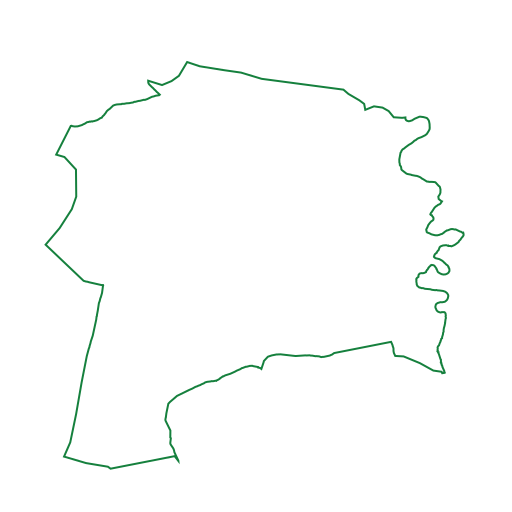 Balata, Castries, Saint Lucia, rotated 175°
{"feature_id": "8701671B12100696846936", "entity_name": "Balata", "entity_type": "district", "adm_level": 2, "iso_a3": "LCA", "parent_name": "Saint Lucia", "parent_adm1": "Castries", "projection": "mercator", "projection_center": [-60.955, 14.015], "detail": "fine", "context": "isolated", "style": "outline", "palette": "green", "viewbox_px": 512, "rotation_deg": 175, "n_neighbors": 0, "source": "geoboundaries", "source_scale": "gbopen_adm2", "svg_char_len": 5869}
<svg xmlns="http://www.w3.org/2000/svg" viewBox="0 0 512 512"><g transform="rotate(175 256 256)"><path d="M225.3,152.9L215.4,152.7L214.3,152.5L211.2,152.4L210.1,152.0L208.8,151.9L205.6,151.0L204.7,151.0L201.8,150.5L199.9,149.6L198.3,149.7L197.3,149.6L191.1,150.4L190.2,150.8L189.0,151.1L186.6,152.5L128.9,158.7L127.7,155.1L127.7,154.5L127.2,152.6L127.1,151.9L127.3,149.3L127.1,147.4L126.0,144.3L117.7,143.1L102.1,135.0L89.3,126.4L81.2,124.5L80.7,123.0L78.2,123.2L78.1,123.5L78.6,124.5L78.5,125.1L80.0,129.4L79.9,130.0L80.5,131.2L80.4,131.6L80.7,132.2L80.6,132.6L81.0,133.3L80.7,133.4L81.0,135.0L80.8,136.5L81.2,137.2L82.4,142.5L82.7,143.1L82.6,144.2L83.1,144.3L83.6,145.4L83.1,146.0L83.3,146.8L83.0,148.0L83.1,149.0L82.6,150.1L81.5,151.0L80.6,153.1L79.6,154.7L79.6,155.2L78.9,156.4L78.7,157.3L77.8,157.9L77.7,158.9L76.6,161.6L76.3,163.2L75.7,164.3L75.6,165.8L75.1,167.8L74.3,169.9L73.4,172.9L73.5,173.2L73.3,173.7L72.7,176.5L72.2,177.7L72.4,179.3L72.1,180.0L72.2,182.3L72.8,183.3L73.4,183.7L75.8,183.9L76.8,183.6L78.2,184.0L79.7,184.8L80.5,185.7L81.1,186.8L81.2,187.5L81.6,188.4L81.8,189.6L81.2,191.6L80.7,192.4L79.2,193.3L76.5,193.9L74.5,193.7L72.3,193.9L71.6,194.1L70.3,195.0L69.4,195.8L68.6,197.2L67.9,199.4L68.0,200.5L68.8,202.2L70.2,203.6L70.9,204.1L72.8,204.9L76.4,205.7L77.9,205.9L79.4,206.4L80.4,206.3L83.7,207.0L85.3,207.7L90.5,208.6L92.3,209.4L94.0,209.6L94.9,210.1L96.1,210.4L97.9,212.2L98.4,213.7L98.3,214.1L98.5,216.4L98.4,217.7L98.2,218.1L98.4,219.0L97.7,220.0L96.0,221.1L95.8,222.8L94.7,224.1L94.3,224.3L92.7,224.5L91.1,224.3L89.8,224.5L88.1,225.1L87.7,226.1L86.8,227.3L86.5,227.4L85.5,228.6L85.3,229.2L84.8,229.5L84.4,230.1L83.2,230.9L82.8,231.5L82.3,231.5L81.7,231.8L79.9,231.3L79.1,230.7L77.3,227.7L77.4,227.3L76.9,226.4L76.4,224.6L75.9,223.9L74.3,222.7L72.6,221.7L70.8,221.2L68.7,221.2L66.7,221.9L65.7,222.6L64.6,224.2L64.5,226.2L64.8,227.2L65.2,227.7L65.1,228.3L65.9,229.8L67.6,231.3L68.1,232.1L69.1,233.0L69.7,233.9L71.2,235.3L73.6,236.9L77.4,238.2L78.0,238.7L78.6,239.3L78.8,239.7L78.4,240.4L78.4,241.0L77.5,242.3L75.8,243.4L75.9,243.6L75.0,244.6L74.5,245.3L73.7,245.8L72.3,248.7L71.3,249.5L68.8,250.2L65.9,250.2L65.2,250.1L63.7,249.3L63.4,249.6L62.7,249.1L61.4,249.0L60.5,248.6L58.2,249.3L56.4,250.1L53.4,252.0L52.8,252.5L52.3,253.4L51.0,254.4L49.3,256.5L48.5,257.1L47.5,258.4L47.3,259.7L47.5,261.0L47.9,260.8L49.4,262.2L50.6,262.6L54.8,265.1L55.6,265.0L57.7,265.7L58.9,265.8L59.9,265.7L62.9,264.8L63.5,264.9L66.3,263.4L66.5,263.1L68.7,261.8L70.4,261.5L71.4,261.1L73.7,260.8L75.9,261.1L79.4,262.3L81.2,263.5L83.4,264.5L83.9,265.2L83.9,266.2L84.1,266.8L84.1,267.5L83.6,268.4L82.9,269.4L81.7,271.8L80.2,273.5L78.7,275.0L76.9,276.0L76.2,276.6L75.9,277.6L76.0,279.0L77.0,280.4L77.2,281.2L78.2,281.6L78.7,282.2L78.5,282.8L77.8,283.9L77.1,284.5L74.0,288.5L72.4,289.8L71.8,290.0L70.1,291.1L68.4,291.6L67.6,292.2L66.0,294.2L66.6,294.5L69.0,296.8L69.2,298.8L69.2,299.3L67.6,301.3L66.8,302.9L66.4,306.2L66.8,308.7L67.2,309.4L67.8,309.8L70.6,313.5L71.3,314.0L74.2,314.5L77.2,314.8L77.6,315.0L79.3,315.3L82.7,317.9L83.9,318.6L84.2,319.0L85.5,320.1L87.3,321.1L88.9,321.8L90.0,322.0L93.9,323.1L94.5,323.5L98.0,324.5L99.0,325.0L103.1,328.8L103.6,329.5L103.7,331.8L103.9,332.6L104.8,334.1L104.7,335.2L105.0,336.8L104.8,339.8L103.0,346.3L102.2,347.2L101.9,348.1L100.6,349.5L99.4,350.0L97.7,351.2L94.1,353.4L91.3,354.7L89.4,356.0L88.1,357.1L86.8,357.5L85.2,358.6L83.9,359.2L80.8,360.0L76.8,361.6L75.2,362.7L73.2,365.3L72.1,367.0L71.8,368.4L71.6,372.3L71.9,375.3L72.3,376.4L73.5,378.3L74.6,378.9L77.1,379.8L80.3,380.5L81.1,380.5L86.0,378.9L88.7,377.5L91.0,377.0L92.1,376.9L93.7,377.5L94.7,378.3L95.2,379.6L95.1,381.0L98.3,380.9L106.7,382.2L111.2,388.8L117.0,392.8L125.4,394.8L134.4,392.1L135.0,398.1L139.5,402.1L149.8,409.4L154.4,414.1L234.9,432.0L254.9,440.0L271.6,443.9L295.5,449.9L307.7,455.2L317.1,442.2L324.9,437.6L334.7,434.5L348.1,440.0L348.2,438.3L348.0,437.3L347.4,436.2L344.6,432.9L344.2,432.6L342.5,430.4L342.1,430.1L340.3,427.8L339.8,427.4L337.8,425.1L338.5,424.6L342.1,424.4L343.9,423.9L345.7,423.7L350.7,421.8L353.1,421.2L354.1,421.4L358.1,420.7L359.6,420.7L362.8,420.1L363.8,420.2L365.3,419.6L366.4,419.6L369.1,419.3L371.5,419.4L374.3,419.1L376.2,419.3L376.7,419.0L381.5,419.1L383.5,418.8L385.2,418.3L389.3,415.0L390.0,414.8L392.0,413.3L393.7,411.1L394.5,410.4L394.9,409.8L396.7,408.4L397.6,407.2L399.0,406.9L401.2,405.7L402.7,405.1L405.6,404.5L407.0,404.4L407.5,404.2L408.3,404.5L409.6,404.2L410.1,404.4L411.2,404.1L412.7,404.0L415.3,402.6L416.2,402.4L418.0,401.6L422.3,400.7L425.3,400.8L427.8,401.4L428.3,401.8L429.2,401.7L446.2,374.4L438.2,371.3L427.8,357.8L429.9,330.8L435.4,318.7L449.2,300.9L464.6,285.6L429.9,246.3L427.7,245.4L426.0,245.0L424.6,244.4L412.4,240.5L410.9,240.4L410.8,240.1L411.1,239.3L412.6,232.6L414.3,228.2L414.7,227.6L415.7,224.6L416.6,222.8L418.4,215.3L419.6,211.1L419.7,210.1L420.1,209.6L420.7,206.6L425.6,190.8L428.0,185.3L428.5,183.6L429.6,180.9L429.9,179.7L430.6,178.4L433.3,171.0L440.7,145.4L449.0,114.1L457.3,86.5L464.7,72.9L443.3,64.5L421.9,59.0L419.4,56.8L354.5,63.7L351.2,58.6L351.2,58.9L354.4,67.6L354.6,69.6L355.1,71.4L357.3,75.4L357.7,76.4L357.6,77.7L356.7,81.9L357.2,82.7L356.5,89.6L360.5,99.9L360.5,101.2L359.8,103.5L360.0,102.5L359.0,107.1L356.2,116.5L354.3,118.2L346.9,123.5L334.5,128.3L330.9,129.5L327.8,130.9L325.7,131.4L324.8,131.8L322.7,132.3L321.6,132.9L319.0,133.7L317.7,134.5L315.6,134.9L312.1,135.0L311.3,135.2L309.7,135.0L306.9,135.3L306.4,135.1L306.0,135.5L304.8,135.9L302.9,136.8L302.5,137.3L301.5,137.8L299.5,139.0L298.9,138.9L298.0,139.4L296.9,139.8L291.9,140.9L287.1,142.6L285.1,143.5L281.6,144.6L279.7,145.6L279.1,145.6L275.7,146.6L274.9,146.5L271.5,147.1L270.8,147.0L269.4,147.0L268.3,146.5L263.6,145.2L263.6,144.7L261.7,144.1L260.5,143.0L257.8,149.2L257.3,150.7L253.2,154.4L252.7,154.7L248.9,155.6L244.3,156.1L240.1,155.9L225.3,152.9Z" fill="none" stroke="#15803d" stroke-width="2"/></g></svg>